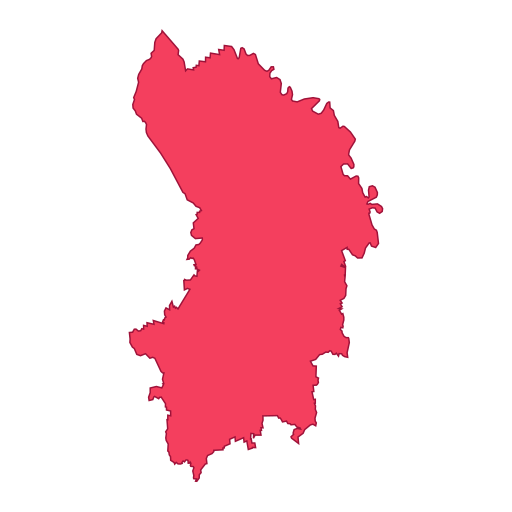 outline of Juan Rodríguez Clara, Veracruz, Mexico
{"feature_id": "50627088B58130474518882", "entity_name": "Juan Rodríguez Clara", "entity_type": "district", "adm_level": 2, "iso_a3": "MEX", "parent_name": "Mexico", "parent_adm1": "Veracruz", "projection": "equal_earth", "projection_center": [-95.356, 17.973], "detail": "fine", "context": "isolated", "style": "filled", "palette": "rose", "viewbox_px": 512, "rotation_deg": 0, "n_neighbors": 0, "source": "geoboundaries", "source_scale": "gbopen_adm2", "svg_char_len": 6050}
<svg xmlns="http://www.w3.org/2000/svg" viewBox="0 0 512 512"><path d="M329.7,102.1L328.7,102.0L326.8,103.4L323.7,110.0L321.2,113.3L318.3,114.2L312.6,111.1L311.5,108.6L319.4,100.8L319.7,99.4L318.9,98.7L313.1,97.7L304.3,99.0L297.2,101.9L292.5,101.0L291.4,99.4L292.5,94.7L292.0,91.2L290.3,87.3L289.3,86.7L288.0,88.1L287.7,91.7L286.7,93.7L283.6,95.1L281.9,94.7L280.3,92.3L281.3,83.5L280.0,79.6L276.6,77.5L271.4,78.8L269.7,76.6L269.9,73.2L271.6,70.7L273.9,69.3L273.4,66.8L271.2,66.8L268.9,70.2L267.0,71.3L264.6,70.3L258.3,63.8L255.4,54.5L253.4,53.4L249.8,55.4L247.6,55.5L246.0,54.0L244.1,48.9L242.2,47.7L240.8,48.3L239.2,57.6L238.1,58.8L237.4,58.4L234.0,49.7L231.6,46.5L224.3,45.5L224.1,50.3L218.7,49.5L219.6,54.6L210.5,53.1L210.1,57.8L205.6,57.2L205.5,61.8L199.3,61.0L198.9,65.7L196.3,65.3L196.1,67.2L193.2,67.7L193.6,69.9L187.5,68.9L185.6,70.8L184.1,61.9L182.9,59.1L178.1,54.7L178.6,50.5L178.1,49.2L162.1,30.7L161.7,32.8L156.1,38.7L154.8,42.4L154.2,50.4L151.1,53.3L151.6,56.5L151.2,57.6L149.6,59.3L146.4,60.6L143.5,63.6L142.3,65.7L141.8,69.0L138.7,74.4L137.7,78.3L138.6,82.3L136.2,91.5L133.7,97.6L134.5,99.5L132.8,104.5L133.1,108.1L135.3,110.9L136.5,114.2L141.6,118.2L142.9,121.5L144.4,121.3L145.6,122.6L146.5,124.5L146.0,129.1L146.4,132.5L147.9,136.0L160.6,153.1L170.3,168.5L182.9,192.3L185.1,193.8L187.2,199.8L193.3,203.0L196.0,206.3L199.7,207.7L201.4,210.6L199.6,211.2L199.6,212.4L197.2,212.4L197.2,214.1L196.1,214.6L198.2,218.4L193.3,222.9L194.0,228.7L191.9,229.8L190.8,232.5L191.5,235.4L195.4,238.6L202.2,238.0L202.4,239.0L202.2,240.2L200.1,243.3L198.8,244.5L196.0,244.9L194.2,248.2L190.4,251.1L187.8,255.4L187.7,258.0L187.0,259.4L189.3,259.1L190.7,257.7L192.1,258.5L193.0,258.0L194.2,259.5L196.0,264.5L194.0,264.7L194.4,265.7L195.5,265.7L195.5,268.8L196.4,268.7L196.5,266.3L196.8,269.0L199.4,270.2L198.4,271.2L197.5,269.7L196.9,276.3L194.9,275.9L194.0,274.9L190.4,280.0L186.4,280.2L184.7,279.5L184.7,280.3L183.8,280.5L184.4,289.9L187.5,288.4L189.9,289.3L178.0,308.9L176.4,307.3L175.4,308.1L174.6,306.2L173.4,307.1L171.9,301.3L169.5,305.5L169.6,309.8L166.0,307.9L164.4,311.1L164.7,314.8L166.0,317.1L164.9,317.8L164.3,319.9L163.5,319.7L162.6,321.9L162.8,322.7L163.9,322.8L163.8,323.7L153.3,320.5L154.0,324.3L147.0,322.7L147.2,326.3L143.6,325.4L143.6,329.1L141.8,328.7L140.7,330.7L138.4,331.1L136.0,329.1L134.3,329.2L132.6,332.2L129.4,332.5L130.1,339.0L129.9,342.5L132.4,347.1L134.3,348.5L136.8,354.4L140.5,355.7L145.5,353.7L149.9,358.2L152.7,357.3L154.9,358.3L161.0,371.4L162.6,372.9L163.9,372.9L162.5,379.2L163.7,383.4L162.8,383.8L163.5,384.6L161.8,387.9L156.4,386.5L150.2,388.0L150.2,392.7L148.6,397.2L149.1,400.5L152.8,399.6L153.8,397.0L154.6,396.4L158.7,398.7L159.5,397.4L161.2,397.1L165.5,403.7L165.4,406.9L166.5,407.2L166.5,410.0L170.6,411.0L170.7,415.8L167.8,415.2L167.8,419.8L167.0,419.7L167.7,428.8L165.7,431.8L166.4,433.6L165.8,437.9L166.2,440.4L168.2,444.0L167.8,451.0L168.9,452.1L169.3,454.9L170.5,456.6L170.7,460.3L174.1,462.5L174.7,464.1L176.2,462.4L178.0,463.9L180.5,464.0L182.2,463.4L181.9,462.6L183.1,461.0L184.5,461.9L185.8,460.1L186.8,459.9L188.0,460.4L188.2,463.2L189.3,463.2L190.1,462.0L190.9,463.3L190.4,465.5L190.8,466.3L193.3,466.6L193.9,467.7L192.8,471.0L193.8,475.4L193.5,477.9L193.8,478.7L196.5,478.9L195.6,481.2L196.8,481.3L199.2,478.0L199.3,474.7L201.1,472.7L200.7,469.9L205.3,464.0L206.9,463.6L206.3,458.5L207.6,455.5L212.0,453.6L213.8,451.6L213.8,450.3L223.0,449.8L222.9,448.1L224.3,447.9L224.3,446.3L230.0,443.8L229.6,439.3L235.0,436.9L235.4,441.3L243.6,437.7L244.1,442.1L246.8,440.9L248.3,449.5L252.4,448.1L252.6,446.8L252.7,447.5L255.6,447.6L254.8,443.0L251.9,443.0L251.2,438.8L250.6,438.9L250.9,433.4L253.7,433.7L253.4,438.3L255.1,435.1L261.0,435.1L260.2,430.4L261.5,430.4L261.0,427.7L263.0,427.8L262.0,423.4L263.0,420.2L262.9,415.9L277.4,415.6L278.7,418.1L280.0,417.9L281.2,419.4L282.5,421.9L286.5,421.1L287.8,423.5L290.3,423.8L291.0,424.8L294.8,424.4L296.9,427.0L300.0,427.9L300.6,429.1L297.3,428.4L294.1,429.6L293.1,433.1L293.6,434.3L291.0,436.8L291.6,438.2L298.6,443.5L298.0,437.0L303.1,433.3L304.7,429.6L310.4,424.9L312.9,424.2L315.7,425.8L316.3,422.9L315.2,421.0L315.0,418.1L316.6,412.5L315.3,409.3L315.5,405.9L314.4,403.3L315.3,403.2L315.3,399.3L313.7,399.6L312.0,391.8L313.8,391.5L313.1,385.3L316.5,385.1L317.5,384.1L318.4,382.5L318.0,380.2L318.5,378.1L315.9,376.8L316.3,366.1L313.0,365.9L310.4,361.2L315.7,359.4L319.6,354.6L322.4,354.2L325.7,352.1L328.2,352.3L329.8,350.7L331.2,351.2L332.9,354.3L335.0,354.4L336.3,353.2L338.5,356.1L339.1,353.6L341.7,353.8L342.5,355.3L344.6,356.6L347.7,357.3L347.1,352.7L349.3,342.6L348.8,338.7L348.4,337.7L346.0,337.6L344.0,336.3L342.1,332.8L342.0,331.1L340.3,329.5L340.9,327.4L342.8,327.8L343.1,326.2L342.6,324.7L343.8,320.1L343.8,317.2L342.8,313.6L341.7,314.2L339.3,310.3L341.6,308.9L338.8,308.5L342.1,306.7L340.3,303.8L342.1,303.0L340.2,300.3L343.9,298.4L345.7,295.4L346.0,288.7L346.9,285.8L344.6,281.7L345.2,275.5L344.6,275.7L344.5,274.9L345.2,274.6L345.5,267.6L340.9,266.1L341.7,264.4L344.7,266.8L345.6,266.3L343.9,261.5L345.3,260.7L341.6,250.6L347.1,247.4L347.2,249.3L348.8,249.3L352.5,254.8L355.2,255.8L357.6,258.0L362.0,257.9L364.2,253.2L365.5,248.0L369.2,242.9L370.2,242.9L371.5,246.1L375.7,247.5L378.5,243.5L377.2,232.4L376.4,230.2L374.3,229.0L372.0,224.9L368.9,214.2L368.9,213.2L369.7,213.2L370.1,212.0L369.1,209.1L372.3,207.8L375.1,208.1L377.1,211.9L379.6,213.3L382.2,211.5L382.6,208.7L381.5,206.5L377.5,203.9L371.8,204.4L370.1,203.3L368.2,204.3L366.9,203.9L367.9,201.5L376.3,197.2L377.3,194.9L377.4,192.5L375.0,187.2L372.4,185.8L369.3,186.7L368.5,190.2L369.1,196.9L368.3,197.9L366.5,196.5L365.1,197.1L362.7,192.7L361.9,188.4L358.6,183.6L358.7,177.9L357.9,176.2L356.2,176.0L350.4,179.1L347.6,175.8L344.4,175.7L343.1,174.3L340.9,166.6L343.5,164.0L347.6,163.9L351.2,168.5L353.3,167.8L353.8,166.8L353.9,164.5L351.1,158.1L348.7,155.0L348.7,153.7L349.5,149.8L354.8,141.2L355.3,139.1L350.4,132.0L344.4,126.5L343.0,126.2L340.1,128.2L338.8,127.6L337.8,121.4L334.3,115.4L333.4,110.6L330.1,107.9L329.7,102.1Z" fill="#f43f5e" stroke="#9f1239" stroke-width="1.5"/></svg>